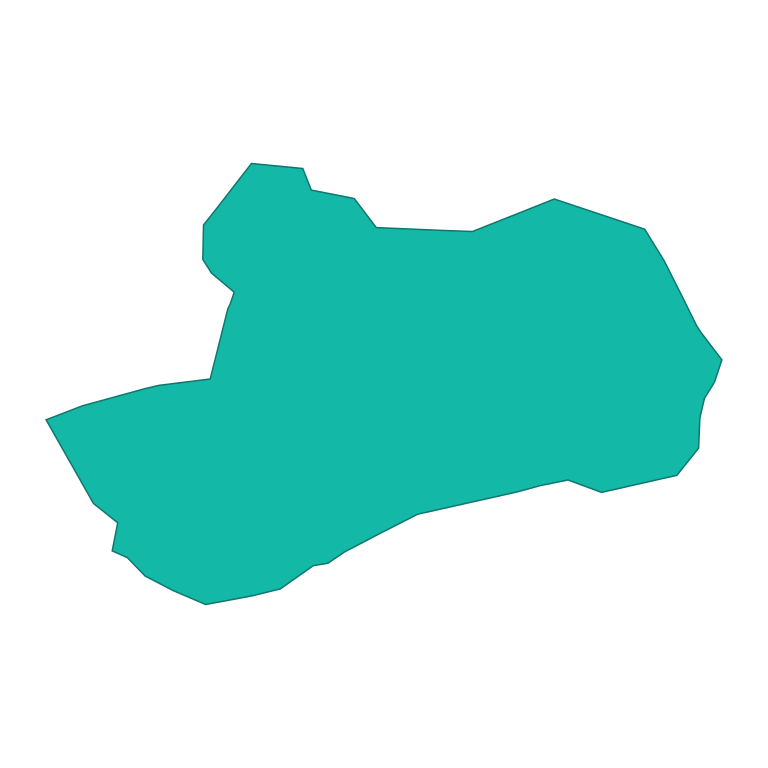 O'lziit, Dundgovi, Mongolia
{"feature_id": "93677404B68241634882173", "entity_name": "O'lziit", "entity_type": "district", "adm_level": 2, "iso_a3": "MNG", "parent_name": "Mongolia", "parent_adm1": "Dundgovi", "projection": "robinson", "projection_center": [106.642, 44.794], "detail": "fine", "context": "isolated", "style": "filled", "palette": "teal", "viewbox_px": 768, "rotation_deg": 0, "n_neighbors": 0, "source": "geoboundaries", "source_scale": "gbopen_adm2", "svg_char_len": 801}
<svg xmlns="http://www.w3.org/2000/svg" viewBox="0 0 768 768"><path d="M280.3,588.9L313.2,565.7L328.0,563.2L344.4,552.0L363.8,541.9L380.4,533.2L417.7,514.2L517.7,491.8L539.8,485.7L568.0,480.0L601.5,492.4L676.9,475.3L698.6,448.2L699.9,417.8L704.5,398.3L714.5,382.1L721.9,359.9L700.8,332.2L696.5,325.5L685.5,303.2L683.4,298.9L664.3,261.0L644.7,229.2L557.2,200.0L554.3,199.0L472.5,231.5L441.9,230.4L376.3,227.6L354.3,198.6L348.6,197.4L311.3,190.1L302.8,168.5L251.5,163.5L235.4,184.2L216.7,208.4L204.7,223.5L203.5,224.9L202.8,259.4L211.5,273.1L234.2,292.2L230.3,303.7L227.8,308.9L210.2,379.0L159.3,385.3L145.1,388.6L82.4,405.8L46.1,419.8L93.5,503.5L117.7,522.8L112.2,550.9L127.3,557.6L145.2,576.1L173.4,590.7L205.6,604.5L252.3,595.8L280.3,588.9Z" fill="#14b8a6" stroke="#0f766e" stroke-width="1.5"/></svg>